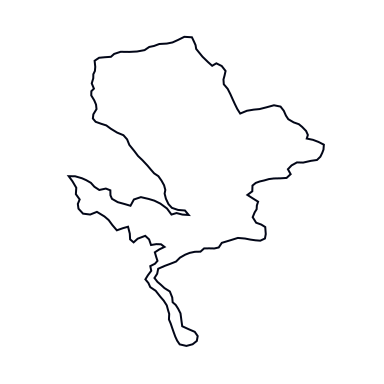 Irupi, Espírito Santo, Brazil (Equal Earth projection), rotated 278°
{"feature_id": "56859067B48527035331511", "entity_name": "Irupi", "entity_type": "district", "adm_level": 2, "iso_a3": "BRA", "parent_name": "Brazil", "parent_adm1": "Espírito Santo", "projection": "equal_earth", "projection_center": [-41.665, -20.336], "detail": "fine", "context": "isolated", "style": "outline", "palette": "ink", "viewbox_px": 384, "rotation_deg": 278, "n_neighbors": 0, "source": "geoboundaries", "source_scale": "gbopen_adm2", "svg_char_len": 2916}
<svg xmlns="http://www.w3.org/2000/svg" viewBox="0 0 384 384"><g transform="rotate(278 192 192)"><path d="M173.7,77.3L169.0,81.8L164.3,80.6L159.7,81.9L155.4,87.1L155.5,94.3L159.1,100.6L155.6,108.7L152.6,113.4L148.2,117.7L143.6,122.9L146.6,128.7L148.7,133.5L142.1,136.2L136.5,137.3L134.0,141.2L138.2,144.7L142.1,151.8L139.1,156.1L133.8,158.8L135.4,163.9L135.9,168.6L133.8,172.4L130.6,167.6L127.1,163.6L122.7,165.6L119.0,167.4L115.8,165.3L112.8,161.0L108.3,162.6L103.4,159.9L99.0,158.0L95.8,161.5L92.0,163.9L89.1,169.8L84.0,175.1L80.5,179.1L76.2,182.8L71.3,184.9L68.1,186.4L62.6,186.9L58.8,189.2L55.4,190.9L50.9,193.2L46.4,195.6L42.7,198.0L39.4,201.0L38.8,207.9L41.3,213.8L45.2,217.5L50.1,217.7L53.9,214.2L55.7,207.7L57.7,201.0L62.6,199.6L70.2,197.5L74.5,194.5L77.9,191.6L80.1,188.2L84.8,187.1L90.4,183.9L93.0,178.1L96.0,173.8L98.2,170.3L101.6,166.8L106.2,168.9L111.3,169.2L115.1,175.4L117.8,180.4L120.9,185.9L125.3,189.2L129.0,194.0L131.4,198.2L133.2,203.2L134.1,208.7L137.8,211.8L138.6,216.9L139.2,222.0L140.8,226.2L145.8,228.6L149.4,236.4L152.9,243.8L153.3,251.0L153.0,256.4L153.0,261.6L153.3,266.4L156.1,270.7L160.6,270.9L167.5,269.4L169.4,265.1L170.5,259.8L175.5,255.6L180.6,256.9L183.9,258.4L187.7,258.1L191.6,258.8L194.0,253.4L196.8,247.3L201.1,251.6L206.8,251.0L209.9,253.9L211.9,257.7L213.5,261.9L215.5,266.4L216.8,271.2L217.9,277.9L219.1,283.7L223.4,287.2L227.9,283.8L232.2,286.9L235.9,291.8L236.6,298.0L239.4,305.4L241.1,311.3L244.8,314.2L248.8,315.5L252.3,316.3L257.2,316.0L259.2,310.2L260.5,304.5L260.9,298.2L264.6,298.8L268.3,296.5L271.8,292.0L274.0,288.4L275.1,283.0L277.5,277.2L280.7,274.4L285.2,271.6L288.9,267.8L289.3,261.1L286.2,253.9L283.5,247.3L282.2,241.8L280.1,235.1L276.4,228.8L280.5,225.3L284.9,222.3L289.1,219.6L294.2,216.4L299.1,213.0L303.1,208.5L307.8,207.5L311.6,208.0L316.5,208.4L320.9,203.9L322.8,198.2L319.8,194.4L322.8,189.9L327.4,183.6L331.3,179.4L334.3,176.2L337.9,175.1L341.1,173.1L345.2,170.4L344.6,162.8L340.7,157.1L337.4,151.9L335.5,146.5L334.0,139.0L331.3,134.0L329.7,129.5L325.9,125.3L323.5,118.1L322.0,110.4L320.9,101.8L317.9,95.7L314.6,92.9L313.3,86.8L312.0,81.3L308.4,77.3L302.4,78.8L298.3,79.0L294.9,77.9L290.9,78.4L285.6,77.6L280.7,80.5L277.8,78.3L273.6,78.8L269.2,82.4L265.2,84.8L260.8,85.9L255.2,83.5L251.0,83.6L248.1,86.8L246.9,92.6L246.0,97.9L243.4,102.7L240.4,109.6L238.7,116.2L235.1,120.4L229.9,123.4L224.5,129.2L220.2,133.5L216.6,138.5L212.0,144.2L208.4,148.2L205.2,151.9L203.0,156.5L198.9,160.3L194.8,163.4L190.3,165.3L186.6,165.1L181.7,167.1L176.7,170.4L173.5,174.3L172.3,180.7L172.7,187.6L168.8,191.9L168.3,185.7L169.0,179.6L166.8,174.8L172.2,169.5L176.1,162.3L178.2,155.9L179.1,150.0L179.8,142.1L176.5,135.5L169.8,133.0L170.7,126.9L171.6,119.9L174.1,113.7L177.4,111.7L182.3,110.9L183.4,106.2L181.1,99.9L183.6,94.6L187.0,90.6L189.0,85.6L190.3,81.1L191.3,74.1L190.5,67.7L186.0,72.1L180.1,76.8L173.7,77.3Z" fill="none" stroke="#020617" stroke-width="2"/></g></svg>